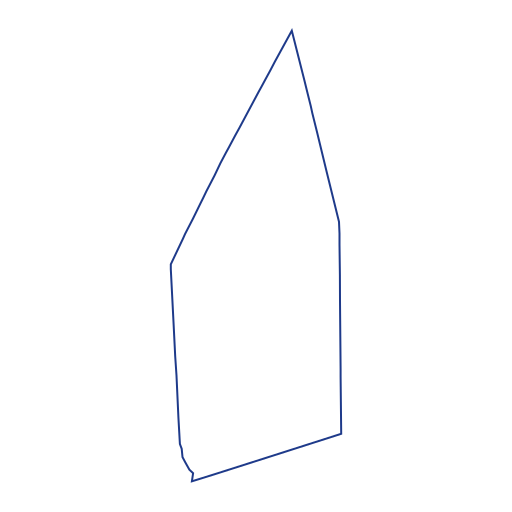 Trindade, Pernambuco, Brazil
{"feature_id": "56859067B27392438986791", "entity_name": "Trindade", "entity_type": "district", "adm_level": 2, "iso_a3": "BRA", "parent_name": "Brazil", "parent_adm1": "Pernambuco", "projection": "robinson", "projection_center": [-40.306, -7.706], "detail": "fine", "context": "isolated", "style": "outline", "palette": "blue", "viewbox_px": 512, "rotation_deg": 0, "n_neighbors": 0, "source": "geoboundaries", "source_scale": "gbopen_adm2", "svg_char_len": 707}
<svg xmlns="http://www.w3.org/2000/svg" viewBox="0 0 512 512"><path d="M191.9,481.3L199.7,478.9L216.6,473.6L285.6,451.6L341.2,433.8L340.6,376.8L340.6,369.2L340.0,301.1L339.9,275.1L339.5,244.5L339.5,233.6L339.0,221.8L326.5,171.2L317.1,132.4L312.3,113.1L310.8,106.2L307.1,91.4L304.5,80.8L291.8,30.7L274.9,61.6L270.2,70.6L265.3,79.6L261.2,87.2L258.6,91.9L239.5,127.7L235.3,135.3L228.8,147.5L226.0,152.6L220.5,163.0L214.5,175.6L206.4,191.2L203.0,198.3L200.5,203.3L193.0,218.6L185.1,233.9L183.0,238.6L170.8,264.3L170.8,269.1L173.7,326.0L175.2,356.3L176.5,375.6L178.4,417.3L179.9,444.0L181.7,448.8L182.5,457.1L185.2,462.2L189.4,469.7L193.1,473.2L191.9,481.3Z" fill="none" stroke="#1e3a8a" stroke-width="2"/></svg>